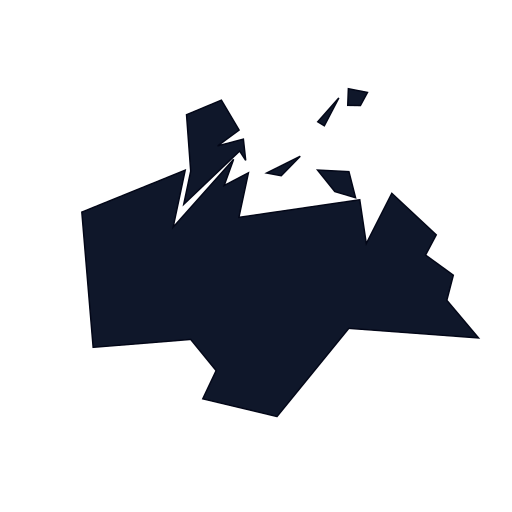 an SVG outline of Finland Proper, rotated 161°
{"feature_id": "FIN-3191", "entity_name": "Finland Proper", "entity_type": "Region", "adm_level": 1, "iso_a3": "FIN", "parent_name": "Finland", "parent_adm1": "", "projection": "orthographic", "projection_center": [22.144, 60.47], "detail": "coarse", "context": "isolated", "style": "filled", "palette": "ink", "viewbox_px": 512, "rotation_deg": 161, "n_neighbors": 0, "source": "natural_earth", "source_scale": "10m", "svg_char_len": 768}
<svg xmlns="http://www.w3.org/2000/svg" viewBox="0 0 512 512"><g transform="rotate(161 256 256)"><path d="M406.4,354.2L295.0,360.2L325.0,310.2L245.7,354.7L263.2,333.0L236.1,337.1L259.6,298.1L139.6,275.4L147.7,231.8L107.2,271.0L78.7,217.3L95.4,201.7L75.7,173.6L90.0,152.0L72.3,106.1L191.8,157.4L288.4,97.4L352.8,138.3L331.0,160.6L344.9,198.4L439.7,222.7L406.4,354.2ZM237.3,360.6L307.5,328.4L290.1,357.5L275.7,412.2L238.0,414.6L231.0,380.6L256.6,372.6L229.9,370.6L234.6,349.8L237.3,360.6ZM169.8,317.2L140.7,305.5L142.9,278.7L160.5,291.3L169.8,317.2ZM181.7,335.9L206.0,323.7L218.9,331.0L181.7,335.9ZM126.2,378.5L149.0,356.9L153.9,362.8L126.2,378.5ZM97.4,374.3L108.3,364.3L120.2,368.6L114.2,384.1L97.4,374.3Z" fill="#0f172a" stroke="#020617" stroke-width="1.5"/></g></svg>